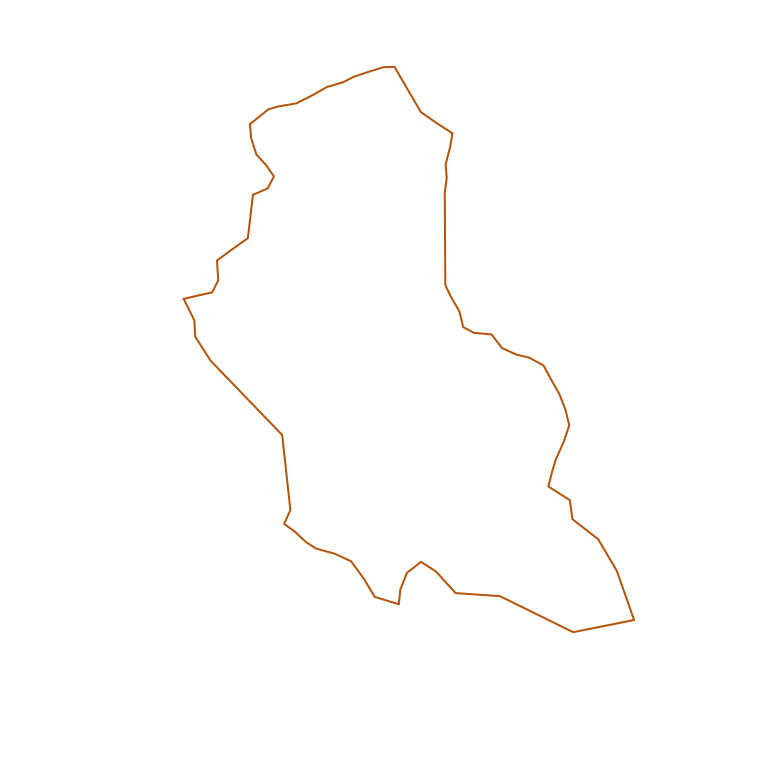 Maratá, Rio Grande do Sul, Brazil, rotated 162°
{"feature_id": "56859067B99972506028155", "entity_name": "Maratá", "entity_type": "district", "adm_level": 2, "iso_a3": "BRA", "parent_name": "Brazil", "parent_adm1": "Rio Grande do Sul", "projection": "orthographic", "projection_center": [-51.552, -29.545], "detail": "fine", "context": "isolated", "style": "outline", "palette": "amber", "viewbox_px": 768, "rotation_deg": 162, "n_neighbors": 0, "source": "geoboundaries", "source_scale": "gbopen_adm2", "svg_char_len": 1088}
<svg xmlns="http://www.w3.org/2000/svg" viewBox="0 0 768 768"><g transform="rotate(162 384 384)"><path d="M276.0,682.3L286.7,685.5L303.0,685.7L318.4,685.5L329.8,683.6L346.5,684.1L363.7,680.6L380.7,678.0L398.4,680.6L409.3,680.9L420.5,676.6L431.2,672.6L434.4,658.7L434.4,641.6L428.4,628.5L424.6,615.4L434.2,606.0L450.2,604.4L468.4,564.8L486.1,559.2L504.7,553.1L509.6,533.8L519.1,524.2L532.4,525.5L548.2,526.9L544.7,503.1L548.9,487.3L541.7,459.7L496.6,366.9L512.0,293.1L522.2,281.8L514.3,270.9L507.1,257.8L499.4,248.4L483.4,237.9L470.1,225.6L463.1,204.2L458.7,184.4L438.0,170.0L431.9,183.6L420.5,197.3L403.8,203.4L392.6,189.8L380.5,163.0L339.3,146.4L280.8,89.5L219.1,82.3L220.3,134.2L228.2,170.0L246.6,197.3L243.1,216.0L259.4,235.8L251.0,248.9L243.8,259.3L231.3,273.0L220.6,287.4L219.4,302.4L220.3,319.8L223.6,336.1L226.6,352.4L237.8,364.2L249.2,371.2L260.6,381.6L266.4,397.9L282.7,404.9L291.1,413.7L289.9,430.0L293.4,446.1L295.1,459.2L267.2,546.9L260.7,560.5L257.6,573.7L248.1,588.6L241.4,601.2L252.1,614.3L264.9,631.2L276.0,682.3Z" fill="none" stroke="#b45309" stroke-width="2"/></g></svg>